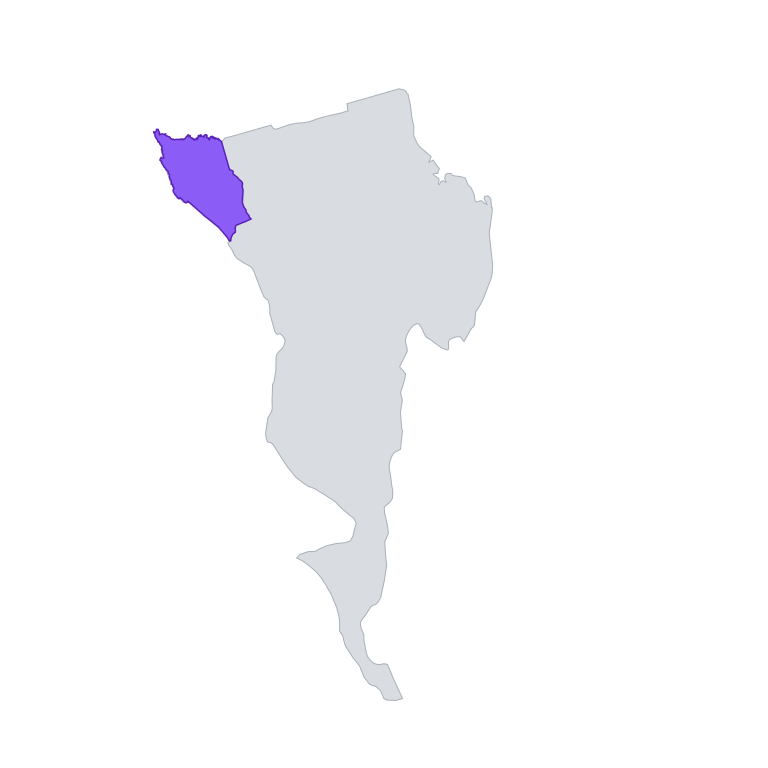 Boumba-Et-Ngoko, Est, Cameroon (highlighted), rotated 164°
{"feature_id": "32672807B40314964499081", "entity_name": "Boumba-Et-Ngoko", "entity_type": "district", "adm_level": 2, "iso_a3": "CMR", "parent_name": "Cameroon", "parent_adm1": "Est", "projection": "equal_earth", "projection_center": [15.54, 2.833], "detail": "fine", "context": "in_parent", "style": "filled", "palette": "violet", "viewbox_px": 768, "rotation_deg": 164, "n_neighbors": 0, "source": "geoboundaries", "source_scale": "gbopen_adm2", "svg_char_len": 9562}
<svg xmlns="http://www.w3.org/2000/svg" viewBox="0 0 768 768"><g transform="rotate(164 384 384)"><path d="M231.4,523.8L232.6,519.6L241.3,499.9L246.8,468.4L249.3,461.0L251.8,456.1L264.5,439.3L269.2,434.0L276.0,427.9L280.8,415.6L282.5,414.3L284.6,413.3L295.4,402.8L296.4,404.9L297.1,407.4L297.9,408.5L301.4,409.3L306.2,409.2L309.0,408.5L310.5,406.4L312.0,400.6L312.8,399.5L314.0,399.3L319.2,403.3L327.8,414.7L330.0,416.7L331.0,418.9L332.8,429.3L333.9,431.9L335.8,433.0L339.1,432.3L342.6,430.4L345.7,427.8L348.8,424.4L350.8,421.3L351.7,419.0L352.2,410.5L352.9,408.6L364.2,396.4L363.9,395.2L362.1,391.8L360.5,388.0L362.2,384.1L363.9,381.1L370.5,370.9L370.9,363.4L376.1,351.9L379.2,336.6L379.3,333.6L386.1,316.7L393.3,315.2L396.0,312.9L399.2,308.7L401.3,304.8L402.3,301.1L403.0,294.0L404.3,285.8L405.1,278.7L407.2,272.1L410.8,268.8L417.1,266.0L418.0,264.7L418.9,260.3L419.8,245.8L420.9,239.3L426.7,232.1L429.3,220.7L431.5,208.8L438.1,194.5L445.8,180.1L449.4,176.3L452.4,174.5L455.8,174.3L458.2,173.3L466.4,166.2L469.9,163.8L472.4,161.3L473.0,159.1L473.3,156.0L472.5,148.6L473.9,143.2L474.8,134.8L475.1,128.3L474.8,126.0L473.3,122.2L470.8,118.2L466.7,115.7L461.1,115.1L458.1,113.6L457.0,106.1L456.6,101.4L452.9,76.5L460.0,76.6L468.6,79.5L470.8,81.8L471.9,90.3L475.0,95.1L480.5,99.1L483.9,107.3L485.2,119.7L488.2,127.1L488.9,128.3L493.2,142.4L493.4,148.9L493.0,153.2L494.8,158.7L492.1,167.9L491.3,173.6L491.1,181.6L492.6,195.6L495.2,206.5L497.9,215.3L500.9,222.1L505.8,229.6L511.1,236.5L516.0,240.9L511.4,243.4L502.6,243.7L497.6,242.3L495.2,242.2L492.7,243.1L483.3,244.4L473.8,243.8L465.0,242.1L459.7,242.4L455.6,246.6L452.2,252.9L449.1,257.8L450.2,263.4L452.5,266.4L457.1,273.2L461.1,279.7L463.2,284.1L471.3,293.6L479.2,302.2L482.9,305.2L484.3,305.8L488.6,310.7L494.5,318.8L499.9,331.4L507.5,356.8L509.2,358.9L511.8,360.2L512.1,362.9L511.9,366.9L511.1,370.1L505.0,383.4L499.6,388.5L498.1,391.5L496.1,399.2L491.2,414.3L489.1,416.4L484.3,426.6L480.3,439.5L479.3,441.5L477.7,443.1L472.1,446.3L470.2,447.8L467.4,451.9L467.0,454.5L468.3,458.2L469.9,461.1L472.8,461.1L474.4,463.9L474.4,483.8L473.1,486.8L473.1,488.2L472.4,491.6L472.2,495.4L472.7,497.0L473.8,498.2L475.4,500.9L476.2,507.0L478.1,528.6L479.0,532.0L480.5,534.4L485.5,539.1L490.7,545.2L492.3,549.2L493.3,555.7L495.2,560.8L495.2,562.6L494.4,563.3L491.1,563.7L492.2,567.4L494.9,573.9L508.1,593.9L520.8,611.7L523.8,613.1L526.0,613.4L527.0,614.5L528.2,617.1L532.4,623.6L533.2,627.3L532.2,630.9L533.2,636.5L534.0,638.5L533.7,640.3L534.2,647.1L535.3,653.0L537.2,658.1L537.0,661.6L534.5,663.6L533.1,666.9L532.7,671.5L533.4,677.1L535.3,683.7L535.3,687.6L532.3,690.2L528.9,685.7L525.1,682.6L519.5,677.3L513.8,675.4L506.5,675.0L503.3,675.7L497.9,671.4L496.1,670.8L493.7,672.6L492.0,672.7L490.0,672.0L485.8,672.0L485.4,669.0L484.7,668.4L480.2,668.6L478.8,666.1L478.2,666.4L476.4,665.6L472.8,661.9L469.0,664.3L461.1,664.0L421.2,664.0L420.3,660.6L418.3,658.8L414.7,658.7L404.1,659.4L396.0,658.8L390.6,657.5L383.8,656.7L375.4,657.3L366.9,657.3L351.6,656.4L343.1,656.5L343.3,658.6L342.8,660.1L342.3,663.6L288.2,663.6L283.8,661.2L282.4,659.6L282.0,656.6L281.0,656.2L281.9,643.5L283.7,633.0L284.4,623.1L287.0,614.4L285.7,605.7L284.1,601.9L276.0,589.6L279.7,584.9L274.8,585.6L273.7,581.0L271.3,575.5L272.8,574.6L274.2,571.6L278.7,572.5L278.6,571.1L274.7,566.4L275.1,564.1L276.7,561.5L275.9,560.4L273.1,563.1L271.1,563.0L269.6,561.3L268.5,561.0L269.1,564.5L267.6,567.7L266.1,568.8L263.6,568.6L261.5,567.8L261.0,566.0L259.0,564.7L253.6,562.4L249.1,559.6L248.2,552.1L246.4,548.9L245.6,545.2L245.2,541.1L245.9,534.7L244.7,533.6L243.4,533.3L241.4,533.6L239.6,533.2L237.4,529.7L235.5,528.3L236.7,534.8L235.4,536.7L232.1,536.1L230.7,533.7L230.4,531.8L232.0,523.9L231.4,523.8Z" fill="#d9dde1" stroke="#a8b0b8" stroke-width="1"/><path d="M466.3,579.3L467.5,581.6L467.4,583.1L469.0,586.8L468.8,589.6L469.9,592.7L470.2,597.0L469.4,599.7L466.9,606.7L466.1,609.1L465.8,613.2L465.7,613.8L464.8,615.2L464.8,617.1L465.9,619.3L467.0,620.4L467.3,621.9L468.3,623.6L471.1,627.3L470.5,630.2L471.5,631.3L473.2,632.4L473.4,634.7L473.4,661.8L473.7,662.0L473.9,662.1L474.2,662.4L474.3,662.9L474.5,663.3L474.9,664.3L475.4,664.3L475.6,664.5L475.6,664.8L475.5,665.3L475.7,665.7L475.9,665.8L476.9,665.7L477.1,665.6L477.3,665.8L477.6,666.2L477.8,666.8L478.3,666.9L478.6,667.1L478.8,667.1L478.8,666.9L478.6,666.5L478.6,666.3L478.6,666.1L478.9,666.1L479.9,667.1L480.0,667.3L479.9,667.6L479.4,667.6L479.4,667.8L479.5,668.0L480.1,667.6L480.6,667.5L480.8,668.0L480.8,668.3L480.5,669.0L480.7,669.4L480.9,669.4L481.5,668.8L482.1,669.6L482.3,669.6L482.8,669.3L483.1,668.9L483.3,668.4L483.7,668.2L484.4,668.4L484.5,668.3L484.5,668.0L484.2,667.3L484.3,667.1L484.6,666.8L484.8,666.9L485.0,667.2L484.9,668.3L485.0,668.8L485.3,669.1L486.3,669.5L486.4,670.1L486.3,670.7L486.1,671.1L485.7,671.6L485.7,672.0L486.3,672.6L486.6,672.8L486.9,672.9L487.3,672.7L487.9,672.7L488.4,672.5L488.7,672.2L488.9,671.3L489.2,670.9L490.1,672.0L490.7,672.3L491.1,672.7L491.1,673.5L491.4,673.9L491.6,674.0L491.8,673.8L492.4,672.6L492.6,672.7L492.8,672.9L492.8,673.0L492.7,673.5L492.7,673.8L493.1,673.8L493.3,673.9L494.0,673.9L494.3,673.4L494.3,672.7L494.6,672.1L494.8,672.1L495.1,672.3L495.4,672.3L495.6,672.0L495.7,671.6L495.7,670.8L495.8,670.6L496.2,670.5L496.6,671.6L496.7,671.9L496.9,671.9L497.3,671.2L497.6,670.9L498.0,670.8L498.3,670.8L498.7,671.0L499.5,671.1L499.8,671.3L499.8,671.6L499.5,672.2L500.2,672.4L500.4,672.6L500.5,672.9L500.6,673.1L501.0,673.2L501.4,673.6L501.9,674.5L502.1,675.0L502.1,675.4L502.0,676.0L502.0,676.3L502.3,676.4L502.5,676.5L502.9,676.3L503.2,676.0L503.2,676.3L503.1,676.6L503.3,677.1L503.6,677.5L504.1,677.2L505.4,676.3L505.5,676.2L506.1,676.0L506.7,675.3L507.1,675.0L507.8,674.7L509.0,674.4L509.3,674.0L509.5,674.0L510.8,675.2L511.0,675.2L511.3,674.9L511.6,674.8L511.9,675.0L512.4,675.6L512.6,675.6L513.1,675.3L513.5,675.3L514.1,675.8L514.9,676.0L516.0,676.4L516.7,676.5L517.3,676.3L518.7,677.0L519.0,677.4L519.2,677.5L519.5,677.2L519.8,677.3L520.4,677.6L520.6,677.9L520.8,678.4L521.4,679.0L521.5,679.4L521.6,680.0L522.1,680.7L523.0,681.1L523.2,681.3L523.6,681.9L523.8,682.1L524.6,682.2L524.8,682.5L525.2,684.2L525.1,684.6L525.3,684.6L525.8,684.1L526.3,684.1L526.4,684.6L526.5,684.8L527.3,684.9L528.2,685.6L529.7,685.6L530.6,685.4L530.9,685.4L531.2,685.6L531.3,686.0L531.2,686.3L530.7,687.5L530.6,687.9L530.6,688.2L530.9,688.5L530.9,688.8L530.8,689.6L530.8,690.0L531.0,691.0L531.7,691.3L531.9,691.3L532.2,691.5L532.5,691.5L533.0,690.3L533.2,689.7L533.7,689.5L533.8,689.4L534.0,689.4L534.4,689.2L534.7,689.1L534.9,689.2L535.3,689.7L535.7,689.9L535.8,689.5L536.0,688.9L536.0,688.7L535.7,688.0L535.5,687.6L535.5,687.1L535.5,686.5L535.6,686.2L535.8,685.6L535.6,684.5L535.5,683.6L535.2,683.0L535.0,682.7L534.9,682.2L534.5,680.6L534.4,679.9L534.4,679.5L534.5,679.1L534.5,678.8L534.4,678.7L533.8,678.8L533.5,678.6L533.4,678.5L533.4,677.4L533.3,677.0L533.2,676.6L533.1,676.0L533.1,675.6L532.7,675.2L532.3,674.6L532.1,674.3L532.1,674.2L532.2,673.8L532.1,673.2L532.1,672.6L532.4,672.0L533.0,671.3L533.3,670.6L533.3,670.2L533.0,669.9L532.7,669.7L532.5,669.4L532.5,669.2L532.7,668.9L533.2,668.6L533.4,668.3L533.4,668.2L533.5,667.9L533.5,667.3L533.4,666.8L533.2,666.6L533.1,666.2L533.1,665.1L533.2,664.3L533.3,662.8L533.3,662.3L533.7,662.0L533.9,662.0L534.4,661.9L534.8,662.0L535.2,662.1L535.3,662.3L535.5,663.1L535.8,663.2L536.0,663.0L536.3,662.4L536.6,662.2L537.1,662.0L537.4,661.4L537.6,661.0L537.6,660.8L537.5,660.6L536.5,659.4L536.4,659.0L536.7,658.4L536.7,657.9L536.5,656.9L536.3,656.2L536.2,655.9L535.9,654.8L535.8,653.8L535.7,653.4L535.1,652.6L534.5,651.4L534.4,650.9L534.4,650.6L534.2,650.2L534.0,649.5L533.4,648.9L533.2,648.7L533.2,648.4L533.1,648.0L532.9,647.5L533.1,647.2L533.2,646.8L533.3,646.1L533.2,645.8L533.1,645.5L532.8,645.1L532.6,644.7L532.6,644.2L532.8,643.2L533.1,642.4L533.2,641.9L533.2,641.5L533.3,640.4L532.7,638.8L532.6,638.1L532.8,636.9L532.9,636.2L533.0,635.7L533.3,635.3L533.5,634.8L533.2,634.5L532.7,634.4L532.4,634.2L532.5,633.8L532.5,633.6L532.3,633.5L532.3,633.3L532.5,633.1L532.4,632.4L532.5,632.0L532.4,631.9L532.3,631.7L532.2,631.5L532.2,631.1L532.1,630.8L531.9,630.3L531.9,629.9L532.0,629.8L532.8,629.3L533.0,628.8L533.3,628.5L533.4,628.3L533.5,627.6L533.4,626.6L533.4,626.2L532.9,624.5L532.8,623.8L532.2,623.2L532.2,622.7L532.0,622.0L531.6,621.3L531.3,620.9L531.3,620.6L531.3,620.0L531.1,620.0L530.8,619.8L530.6,619.6L530.5,619.1L530.2,618.9L530.1,618.6L529.7,618.6L529.3,618.6L529.2,618.6L528.9,618.8L528.8,619.3L528.7,619.3L528.3,618.7L527.5,617.5L527.2,616.9L526.9,616.7L526.4,615.6L526.0,614.5L525.8,614.0L525.4,613.4L525.2,613.3L524.7,613.3L524.6,613.2L524.5,612.9L524.3,612.7L523.4,612.8L523.2,612.9L523.0,613.2L522.3,613.1L522.0,613.6L521.8,613.2L521.6,612.9L521.2,612.3L521.1,612.2L519.9,610.2L519.7,610.2L518.8,608.4L518.5,607.9L518.2,607.7L518.0,607.3L517.8,607.2L517.4,606.4L516.1,604.3L515.9,604.2L515.7,603.9L515.4,603.2L514.5,601.8L514.0,601.0L511.5,597.2L511.3,596.7L510.1,594.8L509.8,594.5L509.5,594.0L508.6,592.7L508.4,592.6L507.2,590.9L506.6,590.0L505.8,588.9L505.6,588.6L505.3,588.2L503.2,585.1L502.8,584.6L501.8,583.1L501.7,583.0L500.3,581.0L500.3,580.8L499.7,580.0L499.0,578.7L498.8,577.9L498.6,577.6L498.2,576.8L496.5,573.2L496.5,572.9L496.1,572.2L495.8,571.6L495.7,571.3L495.6,571.1L495.1,569.9L494.0,567.5L493.6,565.5L493.4,564.8L492.3,564.7L492.1,564.7L492.2,564.2L492.4,563.9L492.1,563.9L490.8,566.3L489.5,568.2L487.8,569.9L486.3,570.4L485.1,570.9L484.7,571.9L484.0,574.9L483.2,576.5L482.4,577.3L475.2,578.1L471.6,578.4L468.8,578.9L466.3,579.3Z" fill="#8b5cf6" stroke="#5b21b6" stroke-width="1.5"/></g></svg>